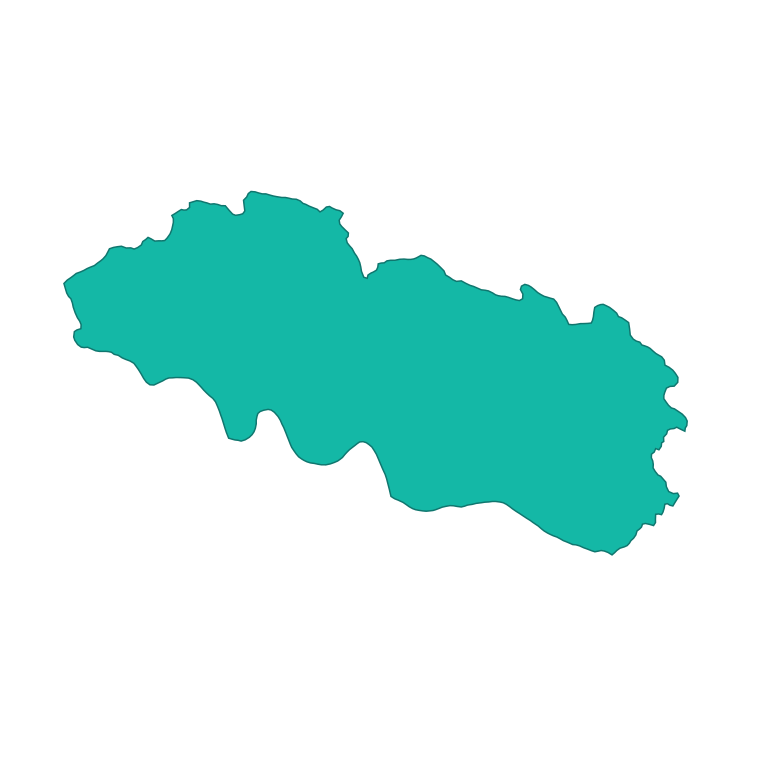 Delfinópolis, Minas Gerais, Brazil (Equal Earth projection), rotated 343°
{"feature_id": "56859067B55529001249038", "entity_name": "Delfinópolis", "entity_type": "district", "adm_level": 2, "iso_a3": "BRA", "parent_name": "Brazil", "parent_adm1": "Minas Gerais", "projection": "equal_earth", "projection_center": [-46.771, -20.369], "detail": "fine", "context": "isolated", "style": "filled", "palette": "teal", "viewbox_px": 768, "rotation_deg": 343, "n_neighbors": 0, "source": "geoboundaries", "source_scale": "gbopen_adm2", "svg_char_len": 6063}
<svg xmlns="http://www.w3.org/2000/svg" viewBox="0 0 768 768"><g transform="rotate(343 384 384)"><path d="M357.8,493.6L360.7,496.9L363.6,499.2L367.6,502.8L370.0,505.8L372.2,508.7L375.0,511.6L377.4,513.4L380.4,515.0L384.0,516.7L387.2,518.0L390.7,518.7L394.0,519.3L396.6,519.3L399.8,519.1L403.6,518.8L407.6,519.1L411.6,519.6L414.9,520.8L418.2,522.5L422.0,524.2L425.6,524.4L428.1,524.2L430.6,524.5L433.1,524.9L437.3,525.1L442.4,526.0L445.9,526.5L449.6,527.4L453.2,528.0L456.5,529.0L460.7,530.9L463.3,532.4L465.9,534.9L468.4,538.1L470.5,541.1L473.2,544.5L475.8,547.5L478.4,550.7L481.2,554.1L484.1,557.4L486.0,560.0L488.1,562.6L490.0,564.9L492.2,568.5L494.2,571.4L496.8,574.3L499.0,576.4L501.6,578.7L504.6,580.9L507.2,583.5L509.7,586.2L512.1,588.1L515.0,590.5L517.5,592.7L520.5,593.9L523.6,595.9L527.0,598.9L530.6,601.6L533.6,604.0L536.6,606.1L540.3,606.5L542.9,606.7L545.8,608.1L549.1,610.7L552.1,614.1L555.3,612.7L558.1,611.2L561.7,610.0L566.3,610.0L569.3,609.6L572.1,608.0L574.3,606.0L577.5,604.5L580.7,602.0L583.0,598.5L586.0,597.4L588.4,596.1L590.2,593.6L593.2,593.8L596.8,595.8L600.4,598.2L603.1,595.9L604.1,592.5L605.7,588.0L608.7,588.6L611.2,590.1L613.3,588.1L615.6,584.7L617.4,581.1L620.0,581.3L622.1,583.6L624.6,585.1L627.5,582.5L630.8,579.6L633.4,577.4L632.8,574.2L628.6,573.4L624.8,570.1L624.0,564.7L624.8,560.3L623.0,556.2L621.6,553.1L619.4,551.1L617.8,547.0L616.8,542.9L618.0,539.6L618.5,536.1L618.1,532.7L619.3,529.3L622.5,528.1L624.9,525.2L627.7,527.3L630.9,524.7L632.3,521.4L634.7,520.8L635.8,516.6L639.7,514.3L641.6,511.2L644.7,510.7L648.4,511.4L651.3,510.9L654.8,514.3L657.9,517.1L659.3,514.1L661.4,512.3L663.1,508.1L662.5,504.2L660.4,500.0L657.6,496.5L654.5,492.7L651.8,490.9L649.8,487.5L648.4,483.4L647.3,479.9L648.3,476.7L650.1,474.0L652.9,470.5L656.7,469.9L660.9,470.9L665.4,468.3L667.0,463.6L665.7,458.9L664.2,455.2L661.6,451.5L658.2,448.1L659.0,443.2L657.5,439.2L655.0,436.6L652.9,434.3L650.8,431.0L648.9,427.8L647.0,425.7L644.4,423.7L642.0,422.1L640.9,418.8L637.9,416.8L635.5,414.0L633.8,409.2L635.0,403.0L635.9,396.8L633.4,393.5L630.6,390.1L627.9,388.1L627.2,384.3L624.9,380.6L622.1,376.7L619.4,374.1L616.9,371.9L614.4,371.4L611.2,371.5L607.9,372.4L605.8,376.5L603.9,380.9L601.9,384.3L600.0,386.3L596.9,385.7L593.3,384.8L589.5,383.7L584.7,383.1L581.2,382.3L578.1,381.0L577.6,376.8L576.9,373.0L575.0,369.2L573.7,361.1L572.9,356.4L571.1,352.4L567.6,350.2L565.3,348.6L562.8,347.0L560.1,344.3L557.7,341.5L555.4,337.7L553.0,334.2L550.9,331.9L547.8,329.9L544.1,330.6L542.1,333.5L543.1,338.6L541.5,343.0L537.9,343.8L534.7,342.1L531.8,340.1L528.3,337.5L525.3,335.6L521.9,334.4L519.0,332.9L516.7,331.3L514.6,328.8L511.1,325.5L508.1,323.9L504.6,322.4L501.7,319.9L498.2,316.9L495.1,314.8L491.7,311.7L488.1,308.0L483.2,307.0L480.3,304.4L477.9,301.2L474.8,297.8L474.4,293.3L472.2,289.1L469.9,284.9L467.6,281.5L465.4,278.3L462.7,276.0L460.0,273.3L457.0,271.8L454.3,272.4L451.7,272.9L449.0,273.1L446.1,272.7L443.1,271.8L439.7,270.4L435.4,269.3L430.7,268.9L426.4,267.6L422.8,267.1L419.6,268.2L416.6,267.5L413.6,267.4L412.2,270.5L410.1,272.9L406.6,273.8L403.9,274.1L400.6,275.1L398.8,278.0L395.9,276.0L395.4,269.6L396.0,265.3L396.3,260.9L395.9,257.3L395.2,253.7L394.1,250.4L393.1,245.3L391.4,241.6L390.1,238.2L390.3,233.9L392.8,232.4L394.1,229.2L391.8,225.1L389.6,221.0L388.5,218.0L389.0,214.3L392.2,211.6L394.9,208.8L392.5,205.4L389.1,203.4L385.8,200.5L383.8,198.3L380.6,197.9L376.5,199.9L373.1,200.7L371.2,197.4L368.0,194.9L364.3,191.9L361.8,189.4L359.3,187.6L357.4,184.4L354.2,181.7L350.4,180.3L347.2,178.4L344.2,176.8L340.7,175.7L336.4,173.6L333.2,171.9L329.7,169.7L326.7,167.7L323.2,166.6L319.9,164.6L317.0,162.6L313.1,161.0L309.9,162.2L307.4,165.0L303.4,167.2L302.4,172.6L301.5,177.8L298.7,179.9L295.6,179.9L291.4,179.3L288.9,177.3L286.8,172.9L284.3,167.1L280.5,165.9L277.5,163.7L274.2,162.0L270.5,161.2L267.7,159.1L265.0,157.5L262.3,155.6L258.5,153.9L254.6,153.9L251.0,153.9L249.7,158.3L246.1,159.8L243.5,159.2L241.2,157.9L237.8,158.8L233.7,160.0L230.4,160.8L230.9,164.3L229.8,167.9L228.3,170.6L226.2,174.3L223.5,177.7L221.4,179.4L219.0,181.2L216.2,182.7L213.2,182.1L210.4,181.2L206.6,180.3L203.6,177.0L201.2,174.8L198.5,176.1L195.0,177.2L192.6,180.1L188.3,181.5L184.5,181.9L181.7,179.8L177.3,178.6L173.2,175.5L169.4,174.8L165.2,174.3L161.0,174.4L158.5,177.0L155.6,179.9L151.8,182.2L149.0,183.4L145.7,184.5L141.6,186.1L137.4,186.4L133.9,186.8L130.3,187.6L126.3,188.1L122.0,188.3L119.0,189.5L115.7,190.7L111.5,192.0L107.3,194.3L107.2,200.5L107.2,204.3L108.0,208.1L109.5,210.9L109.7,215.4L109.3,219.6L109.5,225.6L110.2,231.0L111.4,235.1L111.7,238.7L110.3,242.5L106.2,242.5L103.2,243.4L101.0,248.3L101.1,251.8L102.6,256.7L105.2,260.2L107.9,261.5L111.3,262.2L114.7,265.1L118.1,268.0L121.4,269.6L124.9,270.7L127.6,271.5L130.0,272.5L132.6,273.9L134.6,276.7L138.3,278.9L141.2,282.4L144.0,284.8L147.8,287.7L150.9,291.1L152.4,295.3L153.4,298.4L154.6,302.9L155.8,308.4L157.3,312.8L159.9,316.3L163.7,317.7L168.4,317.0L173.3,316.3L176.7,315.5L180.1,315.3L183.3,316.2L187.0,317.0L191.1,318.3L195.0,319.7L198.9,321.2L202.6,324.1L205.2,327.5L206.8,330.6L208.4,333.9L209.9,337.3L211.8,340.9L213.7,344.2L216.1,347.7L217.7,351.9L218.3,357.0L218.7,361.9L218.8,366.3L219.0,369.9L219.0,375.3L219.0,379.7L219.1,384.3L219.6,390.4L222.5,392.3L225.1,393.9L228.1,395.2L230.7,396.8L234.9,396.8L239.6,395.6L243.0,393.9L245.7,391.7L248.0,388.8L250.2,384.7L251.2,381.3L253.0,377.9L254.8,375.3L257.5,374.1L261.3,373.9L265.8,374.4L268.5,375.9L270.9,379.0L273.2,384.1L274.3,388.5L274.7,392.5L275.4,396.4L275.9,402.1L276.2,406.4L276.5,409.9L276.8,414.0L277.2,417.6L278.4,421.6L279.6,425.2L281.1,428.7L283.4,431.7L285.3,433.8L287.6,435.9L290.7,438.0L294.2,439.6L297.4,441.4L300.6,443.0L304.8,444.3L309.3,444.7L313.6,444.5L317.2,444.1L319.9,443.2L322.8,442.1L325.9,440.0L328.8,438.3L331.8,436.7L335.2,435.4L337.9,434.4L340.9,433.2L343.8,432.3L347.1,433.0L349.9,434.9L352.0,437.6L354.0,440.7L355.1,444.5L356.2,449.0L356.8,454.5L357.3,459.4L357.7,463.2L358.1,466.5L358.7,470.9L358.8,475.4L358.6,479.4L358.3,486.3L357.8,493.6Z" fill="#14b8a6" stroke="#0f766e" stroke-width="1.5"/></g></svg>